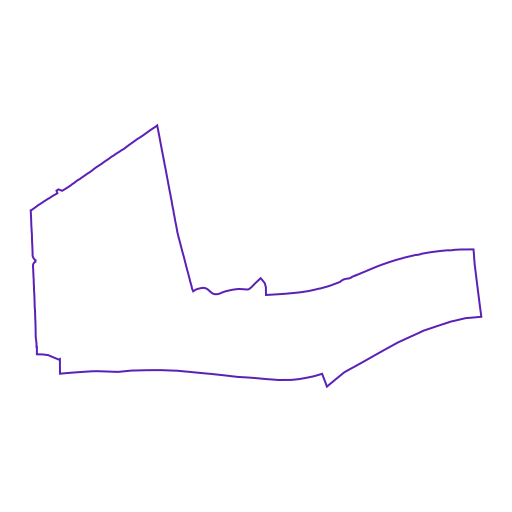 outline of Hardinxveld-Giessendam, Zuid-Holland, Netherlands
{"feature_id": "6326949B10391839507344", "entity_name": "Hardinxveld-Giessendam", "entity_type": "district", "adm_level": 2, "iso_a3": "NLD", "parent_name": "Netherlands", "parent_adm1": "Zuid-Holland", "projection": "mercator", "projection_center": [4.846, 51.839], "detail": "fine", "context": "isolated", "style": "outline", "palette": "violet", "viewbox_px": 512, "rotation_deg": 0, "n_neighbors": 0, "source": "geoboundaries", "source_scale": "gbopen_adm2", "svg_char_len": 5855}
<svg xmlns="http://www.w3.org/2000/svg" viewBox="0 0 512 512"><path d="M326.9,386.6L334.7,380.1L344.3,372.3L349.1,369.6L362.6,362.2L374.2,355.6L383.3,350.5L397.8,342.5L405.0,339.2L414.0,335.1L424.0,330.5L429.7,328.6L435.1,326.8L437.4,326.0L450.7,321.6L454.4,320.8L465.8,318.1L471.2,317.7L477.8,317.1L481.3,316.8L480.9,313.5L479.8,305.3L476.7,280.8L475.5,270.9L474.7,264.7L474.5,262.1L474.1,257.7L474.1,256.2L473.5,249.4L472.0,249.4L460.7,249.5L456.9,249.7L453.5,249.9L453.2,250.1L450.6,250.3L448.8,250.4L448.5,250.2L441.0,250.9L439.3,251.1L433.6,251.8L428.1,252.6L426.0,253.0L421.3,253.8L421.0,254.1L418.9,254.6L416.7,255.0L416.3,254.8L413.8,255.4L409.5,256.4L408.2,256.7L403.7,257.8L401.1,258.6L396.2,259.9L394.3,260.5L392.5,261.1L390.8,261.6L385.0,263.6L383.3,264.2L381.8,264.7L378.4,266.0L374.1,267.7L370.8,269.1L368.9,269.9L361.8,272.9L359.4,273.9L355.9,275.4L355.9,275.2L353.1,276.4L351.7,277.0L351.4,277.5L349.3,278.4L347.8,278.6L346.5,278.7L344.9,279.1L344.3,279.3L343.7,279.4L342.7,280.0L341.2,280.8L340.2,281.8L336.8,283.2L335.9,283.5L332.9,284.6L331.4,285.2L330.2,285.6L327.1,286.6L326.3,286.8L320.3,288.5L319.2,288.6L313.4,290.0L308.7,291.0L307.5,291.2L302.4,292.0L298.6,292.5L297.7,292.6L286.1,293.7L278.8,294.2L266.0,295.0L265.9,287.5L265.9,287.3L264.8,283.3L264.5,282.8L261.8,279.5L260.6,278.2L258.2,280.5L255.1,283.4L251.8,286.8L251.2,287.4L250.7,287.8L250.2,288.2L249.2,289.0L248.6,289.3L248.1,289.4L247.6,289.5L247.1,289.5L245.8,289.4L244.2,289.3L242.8,289.2L241.3,289.1L239.7,289.0L238.8,289.0L237.3,289.1L235.7,289.3L234.1,289.5L232.2,289.8L225.9,291.2L225.0,291.5L222.2,292.5L220.3,293.3L218.8,293.9L217.7,294.1L216.6,294.2L215.4,294.2L214.4,294.1L213.7,293.9L212.7,293.5L212.2,293.2L211.5,292.6L210.5,291.9L209.1,290.6L207.9,289.5L207.1,289.0L206.5,288.6L205.6,288.3L204.7,288.0L203.7,287.9L202.7,287.9L201.9,288.0L201.3,288.1L200.1,288.3L198.7,288.7L197.6,288.9L196.6,289.3L195.5,289.8L193.2,291.3L192.8,290.2L192.2,289.2L192.1,288.8L191.9,287.9L191.5,285.8L191.3,285.4L190.8,283.5L190.0,280.8L190.0,280.5L189.8,280.1L189.8,279.6L188.1,273.2L187.6,271.4L187.1,269.7L186.5,267.3L185.4,263.0L183.9,257.1L182.2,251.0L180.7,245.2L179.0,238.6L178.8,237.9L178.6,237.5L178.5,237.2L178.4,236.7L178.3,236.0L177.7,233.6L177.6,233.1L177.4,232.3L177.2,231.5L177.1,230.5L176.3,226.4L176.2,225.6L176.0,224.5L175.8,223.7L175.7,223.1L175.6,222.7L175.5,222.3L175.1,220.4L175.0,219.6L174.8,218.7L174.7,217.9L174.5,216.6L173.8,213.4L173.8,213.2L173.7,212.7L173.5,211.3L173.5,211.1L173.4,210.8L173.4,210.5L173.1,209.2L172.8,207.6L172.4,205.8L171.9,202.7L171.8,202.1L171.6,200.9L171.4,199.8L171.1,198.6L171.0,197.9L170.1,193.2L170.0,192.5L169.8,191.7L169.3,189.1L168.6,185.2L168.5,184.8L168.4,184.4L168.3,183.9L168.2,183.4L168.2,183.0L167.2,177.8L165.6,169.2L164.6,164.3L164.4,163.0L163.3,157.2L161.7,149.1L160.8,144.2L159.3,136.2L157.2,125.4L156.4,126.0L155.8,126.5L154.6,127.4L154.0,127.7L150.7,129.9L144.1,134.6L143.8,134.9L139.4,137.8L138.9,138.1L138.2,138.5L137.8,138.7L137.4,139.0L136.3,139.8L135.4,140.4L135.1,140.7L134.4,141.1L133.4,141.9L132.1,142.8L130.6,143.9L129.5,144.6L129.1,144.9L127.7,146.0L126.7,146.7L126.3,147.0L126.2,147.2L125.8,147.4L125.4,147.7L124.1,148.7L124.0,148.8L123.0,149.4L122.2,149.9L121.1,150.5L120.8,150.7L119.6,151.6L119.4,151.7L117.9,152.6L115.1,154.4L113.8,155.4L113.7,155.5L112.5,156.2L112.2,156.3L111.1,157.0L110.3,157.6L110.1,157.9L107.4,159.7L107.1,159.9L106.9,160.1L106.2,160.5L104.3,161.8L102.4,163.2L101.7,163.7L101.4,164.0L101.0,164.2L100.4,164.6L99.6,165.1L98.4,165.9L96.5,167.1L93.5,169.3L92.3,170.4L91.3,171.0L89.9,172.1L89.4,172.4L89.2,172.6L87.9,173.3L86.5,174.3L84.4,175.8L84.2,175.9L82.1,177.4L81.5,177.7L80.3,178.7L80.0,178.9L78.8,179.6L78.5,179.8L77.7,180.2L76.8,180.8L76.6,181.0L76.0,181.4L75.5,181.8L75.2,182.1L74.2,182.9L73.7,183.3L72.9,183.7L72.7,183.8L70.7,185.4L68.8,186.7L67.7,187.4L66.7,188.0L65.2,189.0L64.5,189.4L63.1,190.2L62.4,190.7L62.2,190.8L61.9,190.7L58.5,189.4L56.5,190.6L57.4,193.2L56.3,193.9L55.5,194.4L54.6,194.8L51.6,196.6L49.8,197.9L49.2,198.2L48.4,198.6L45.4,200.5L45.0,200.7L43.5,201.7L42.8,202.2L42.6,202.4L41.7,203.0L41.2,203.3L38.0,205.3L37.5,205.6L37.2,206.0L32.2,209.6L31.1,210.2L30.7,210.3L30.8,211.9L31.0,216.0L31.1,217.9L31.2,221.3L31.3,223.5L31.3,224.3L31.3,225.0L31.4,226.8L31.4,227.3L31.5,227.8L31.6,228.4L31.6,229.2L31.6,229.6L31.7,230.2L31.6,230.8L31.6,231.0L31.7,231.7L31.7,232.2L31.8,232.8L31.9,233.8L31.9,234.4L32.0,238.4L32.1,242.5L32.2,243.5L32.3,245.1L32.6,253.4L32.6,255.8L32.7,256.1L32.8,256.4L32.9,256.7L33.0,257.1L33.2,257.4L33.4,257.8L34.9,260.0L35.0,260.1L35.3,260.2L35.5,260.2L35.5,261.6L35.4,261.7L35.4,261.8L35.1,261.9L34.6,262.2L34.4,262.4L34.2,262.6L33.7,263.2L33.6,263.4L33.5,263.7L33.2,264.2L33.1,264.8L33.1,265.1L33.0,265.4L33.0,266.5L33.2,269.4L33.3,272.4L33.4,274.3L33.5,276.8L33.7,279.5L33.7,280.3L33.8,284.2L34.0,287.0L34.0,287.7L34.0,288.2L34.0,289.9L34.3,294.2L34.5,299.1L34.7,306.0L34.8,308.7L34.9,309.0L35.0,310.2L35.2,316.6L35.2,317.8L35.4,321.0L35.5,325.7L35.6,328.7L35.6,329.9L35.7,336.6L35.7,337.2L35.8,337.7L35.9,338.3L36.0,339.2L36.1,339.7L36.1,340.3L36.2,340.9L36.3,341.5L36.4,342.7L36.5,343.5L36.5,343.9L36.5,346.9L36.9,346.9L36.9,354.3L42.2,354.4L48.2,355.1L49.9,355.9L58.6,359.5L58.9,359.4L59.9,359.0L60.0,373.7L65.3,373.2L78.0,372.2L91.7,371.3L96.3,371.2L97.7,371.2L106.8,371.5L112.1,371.7L118.2,371.9L131.0,370.6L146.3,370.2L160.8,370.1L167.9,370.4L176.1,370.7L176.9,370.7L189.7,371.9L192.2,372.1L192.7,372.2L208.4,373.7L210.0,373.8L221.1,375.0L222.9,375.2L223.0,375.2L223.8,375.3L226.5,375.6L237.5,376.9L247.8,377.5L250.8,377.7L254.6,378.0L266.5,379.1L270.8,379.4L274.8,379.7L278.1,380.0L291.3,379.9L295.4,379.5L298.1,379.2L299.7,379.0L303.6,378.3L305.9,377.9L308.4,377.4L310.7,376.9L312.8,376.5L313.9,376.2L315.5,375.8L316.9,375.4L322.1,373.8L325.5,382.7L326.9,386.6Z" fill="none" stroke="#5b21b6" stroke-width="2"/></svg>